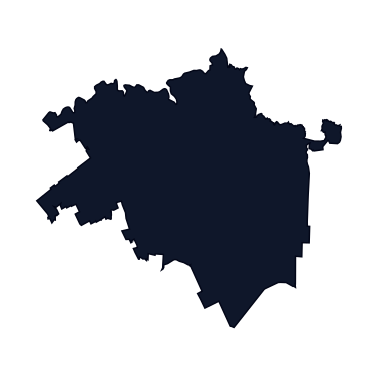 the district of Santiago Sochiapan, Veracruz, Mexico, rotated 174°
{"feature_id": "50627088B82277071409559", "entity_name": "Santiago Sochiapan", "entity_type": "district", "adm_level": 2, "iso_a3": "MEX", "parent_name": "Mexico", "parent_adm1": "Veracruz", "projection": "robinson", "projection_center": [-95.662, 17.635], "detail": "fine", "context": "isolated", "style": "filled", "palette": "ink", "viewbox_px": 384, "rotation_deg": 174, "n_neighbors": 0, "source": "geoboundaries", "source_scale": "gbopen_adm2", "svg_char_len": 6022}
<svg xmlns="http://www.w3.org/2000/svg" viewBox="0 0 384 384"><g transform="rotate(174 192 192)"><path d="M327.6,268.2L326.8,268.0L326.0,268.5L326.1,267.9L324.2,268.0L324.1,267.4L307.8,274.5L307.3,274.0L306.1,274.0L305.8,274.6L302.7,272.8L302.5,256.9L301.4,256.7L302.7,256.1L301.6,253.7L299.6,255.2L297.7,255.0L293.5,246.7L291.4,247.9L290.3,245.5L292.4,246.1L292.9,243.9L289.4,236.5L303.0,228.2L302.6,227.4L314.1,220.1L314.6,221.1L323.6,215.8L323.1,214.7L327.6,211.9L328.3,213.3L332.5,210.7L331.9,209.4L347.3,199.5L337.9,185.4L336.9,182.5L338.0,181.9L338.0,180.3L336.9,180.4L336.0,180.1L334.6,175.9L332.0,178.8L330.9,178.4L330.6,182.4L329.0,183.3L328.8,182.8L326.9,184.2L328.4,188.5L329.6,190.6L329.8,190.4L330.9,192.0L328.7,191.1L323.8,194.2L324.4,192.6L323.3,188.7L318.9,190.7L318.3,189.3L313.6,191.2L313.4,190.4L308.7,192.0L305.9,184.1L310.4,182.2L306.8,171.9L305.5,170.4L296.9,174.0L295.8,170.9L291.8,172.5L290.8,173.3L290.4,172.0L286.5,173.7L285.4,173.6L285.5,174.1L281.2,176.4L280.4,174.0L278.7,174.7L275.6,173.4L275.2,173.7L274.9,176.6L274.6,177.4L274.4,180.8L275.0,180.9L274.5,182.2L273.4,182.7L272.3,182.2L271.5,182.2L267.2,183.9L268.2,187.5L268.2,189.5L263.1,190.3L262.6,186.6L260.3,178.4L260.3,172.6L258.0,161.6L265.8,160.6L262.6,151.7L259.3,151.5L258.1,147.9L257.0,148.5L257.7,148.7L256.5,150.3L255.8,150.3L254.6,151.2L252.3,145.0L252.2,142.5L256.2,141.9L255.0,138.0L252.2,130.8L251.4,130.8L250.9,132.7L249.5,132.1L248.0,130.6L244.9,130.2L245.1,129.3L244.3,128.5L243.3,130.6L242.8,129.8L242.0,135.3L235.4,133.0L235.0,134.3L227.0,132.9L229.1,119.6L230.2,117.8L229.0,118.4L228.0,119.9L227.7,122.5L223.9,123.3L217.3,126.5L216.1,126.6L214.6,126.3L211.9,124.5L207.6,122.7L203.6,120.0L202.1,119.8L202.1,119.4L201.1,119.7L201.6,118.7L200.8,118.0L192.3,92.3L197.0,90.4L194.6,84.5L191.3,75.2L176.7,80.6L168.0,54.6L166.4,54.1L164.3,52.9L130.4,87.7L129.2,88.3L115.8,93.0L113.4,92.9L107.8,92.1L101.4,87.6L100.7,87.7L99.1,86.4L99.1,90.0L98.8,89.9L98.2,95.2L95.8,117.3L89.6,116.1L87.8,130.1L80.8,129.2L78.6,145.5L80.9,145.9L80.5,150.4L76.8,176.7L73.4,198.2L73.6,205.0L74.3,207.6L74.6,210.3L74.3,212.4L73.6,214.1L73.4,217.0L74.2,218.3L74.4,219.4L73.7,221.2L72.8,221.8L72.9,223.0L73.5,223.7L73.4,226.4L71.2,228.0L69.6,228.3L70.2,227.3L71.0,223.0L69.1,222.2L67.7,220.4L66.8,220.8L66.4,220.1L57.3,220.4L57.3,223.4L51.4,229.2L50.5,228.1L49.9,226.2L42.2,224.9L40.1,226.2L39.1,227.8L38.0,231.3L38.1,236.0L36.8,239.7L36.7,241.6L37.7,241.7L38.4,242.3L38.0,243.2L40.0,242.6L41.4,243.6L42.7,243.7L43.6,244.9L43.1,245.7L43.3,246.0L43.7,245.6L44.1,246.3L44.8,246.1L46.5,247.7L46.8,247.8L47.1,247.3L48.0,247.9L48.7,247.9L49.3,248.9L50.3,248.8L49.9,249.5L50.4,249.9L51.4,249.8L52.4,249.2L52.6,249.9L53.9,249.5L54.4,249.8L54.7,248.3L54.0,246.8L55.8,243.9L56.0,241.1L56.9,239.5L55.8,239.3L55.2,237.9L54.6,237.6L53.5,237.8L53.6,235.8L53.5,234.6L53.0,234.1L53.2,231.7L53.7,231.5L55.2,229.3L59.0,229.1L64.9,229.8L75.6,233.8L73.9,235.3L73.6,236.0L73.2,238.2L73.4,238.2L73.4,239.6L73.1,240.0L73.5,240.3L73.7,241.0L73.5,243.6L74.6,244.7L74.6,245.2L75.2,245.1L75.6,247.0L77.5,247.7L78.1,247.4L79.4,247.5L79.9,247.0L80.1,247.4L80.4,247.3L80.8,246.5L81.8,246.9L82.5,246.3L82.8,246.6L82.8,247.2L83.8,246.9L86.4,249.6L87.0,249.5L87.2,249.1L87.9,249.2L88.3,250.2L88.7,250.3L88.8,251.4L89.9,250.5L92.4,250.8L95.7,249.8L97.3,249.7L97.9,249.9L99.2,251.8L100.1,251.7L100.2,252.4L99.7,252.3L99.7,252.6L100.6,253.1L101.7,252.1L102.3,250.9L102.7,250.9L102.9,250.1L103.4,250.2L103.7,250.8L103.2,251.5L103.6,251.6L103.6,252.3L104.5,252.5L104.9,253.2L106.9,254.4L106.8,254.7L106.4,254.6L106.3,255.2L107.3,256.6L109.4,256.8L109.5,257.6L111.0,256.8L111.9,258.4L112.4,258.6L112.5,259.6L114.3,261.1L114.4,262.4L115.0,262.8L117.6,262.1L117.9,261.5L119.2,261.5L119.9,259.8L120.3,260.0L120.7,259.6L122.2,259.7L121.1,261.5L119.4,268.1L121.1,272.2L120.7,273.9L121.0,274.8L124.2,278.0L124.5,279.2L124.0,280.9L125.0,282.9L125.1,284.6L120.9,291.0L123.5,291.8L127.3,294.2L128.3,297.3L128.9,301.1L127.5,305.7L126.9,306.9L125.2,308.0L124.0,309.8L125.4,310.3L128.1,309.1L129.9,309.1L131.0,309.6L132.0,308.6L133.0,309.9L134.3,310.6L135.3,309.7L136.3,309.9L137.2,312.2L138.6,312.5L139.6,314.3L141.1,315.0L141.4,314.0L141.7,313.8L141.3,312.8L141.6,312.0L142.4,312.0L142.7,312.9L143.4,312.5L143.5,321.5L145.0,325.6L147.6,330.8L148.0,331.1L148.9,328.4L150.5,326.4L153.9,324.8L157.5,324.7L159.6,323.3L160.3,322.1L160.3,320.7L158.5,318.2L158.4,316.2L160.8,315.6L161.4,311.4L162.9,311.0L165.7,308.3L166.4,308.2L168.1,309.4L168.7,310.8L170.8,312.4L172.0,312.6L174.8,312.3L177.4,312.7L182.0,311.5L186.8,310.9L188.1,310.2L190.2,307.6L192.3,306.7L197.8,306.2L199.2,305.6L202.4,305.9L204.0,305.4L205.8,303.3L205.8,302.5L204.2,300.4L202.5,298.8L202.9,294.8L202.3,291.9L199.5,289.0L197.9,286.1L197.5,283.2L198.1,280.9L199.0,280.8L200.4,283.2L205.5,286.5L205.7,287.3L205.2,288.2L205.0,289.7L205.3,292.3L206.7,296.5L207.6,297.3L208.7,297.6L209.9,297.3L213.8,295.0L215.8,294.7L219.3,295.0L223.1,297.5L224.4,297.2L225.5,296.0L226.3,295.7L228.1,298.1L229.3,301.1L233.8,304.1L235.7,304.3L237.4,302.4L238.4,302.1L239.9,302.6L243.1,304.7L247.2,305.5L248.5,305.1L248.6,304.5L248.2,303.1L246.4,300.3L246.2,299.3L248.5,295.1L249.3,294.5L249.8,295.1L249.9,298.6L250.8,299.9L254.2,300.2L255.3,300.9L255.6,301.8L255.2,305.2L255.1,309.9L255.5,311.3L255.9,311.8L257.3,311.0L257.8,308.9L258.6,308.1L259.5,307.9L261.1,308.5L263.3,307.6L265.0,307.3L266.0,307.9L268.0,311.3L269.3,311.4L271.0,310.7L272.4,309.5L275.9,308.2L277.8,306.9L278.0,305.1L276.8,301.9L277.1,299.7L280.3,297.3L281.6,295.8L286.0,293.5L287.2,291.8L288.2,291.9L288.8,293.7L289.5,294.7L293.9,297.6L295.1,297.9L296.9,296.9L297.9,295.8L298.7,293.8L299.1,290.6L300.4,287.4L300.0,284.9L300.2,283.8L301.0,283.0L302.2,283.5L304.9,288.8L305.7,289.3L307.2,289.5L309.1,289.1L311.3,287.9L312.8,285.8L314.2,282.9L317.6,280.7L318.5,281.0L318.7,281.5L318.8,282.8L320.0,285.2L321.7,285.1L324.9,286.5L326.1,285.9L332.7,279.3L332.5,278.3L328.5,273.9L326.4,270.5L326.3,269.1L326.7,268.4L327.6,268.2Z" fill="#0f172a" stroke="#020617" stroke-width="1.5"/></g></svg>